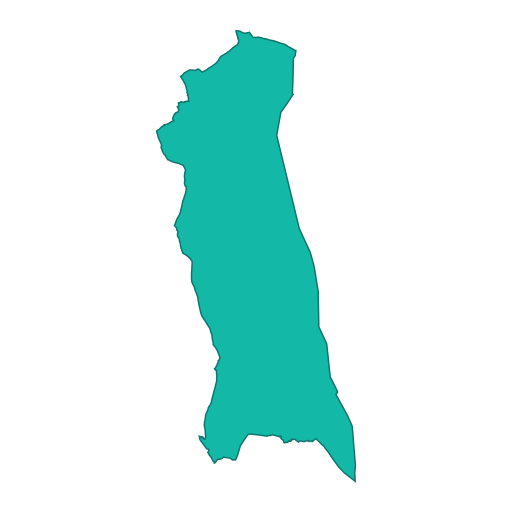 the district of Marker nor, Østfold, Norway
{"feature_id": "86288312B28275954576976", "entity_name": "Marker nor", "entity_type": "district", "adm_level": 2, "iso_a3": "NOR", "parent_name": "Norway", "parent_adm1": "Østfold", "projection": "mercator", "projection_center": [11.622, 59.488], "detail": "fine", "context": "isolated", "style": "filled", "palette": "teal", "viewbox_px": 512, "rotation_deg": 0, "n_neighbors": 0, "source": "geoboundaries", "source_scale": "gbopen_adm2", "svg_char_len": 5935}
<svg xmlns="http://www.w3.org/2000/svg" viewBox="0 0 512 512"><path d="M252.9,37.3L249.4,32.3L248.0,32.7L244.7,33.3L243.0,32.8L241.0,31.9L240.1,31.2L236.1,30.7L236.1,31.2L236.1,31.4L236.2,32.0L236.3,32.2L236.3,32.5L236.5,32.6L236.4,32.8L236.7,33.5L236.8,34.2L236.9,34.3L237.1,35.2L237.5,36.4L237.9,38.0L237.9,38.5L238.1,38.7L238.2,39.1L238.2,39.3L238.4,39.5L238.7,40.8L238.7,41.9L237.7,44.1L236.9,45.1L235.3,46.0L234.0,47.1L232.8,47.8L229.4,51.1L228.0,51.9L226.3,53.2L220.9,56.4L219.8,57.8L218.3,60.5L217.1,62.0L215.5,63.7L213.7,64.9L212.8,65.7L208.8,68.1L208.4,68.5L207.8,68.7L207.3,69.4L204.5,71.0L202.3,72.0L202.0,72.1L199.2,69.5L198.3,69.1L197.7,69.1L196.8,69.5L196.2,70.3L195.4,70.4L193.5,70.2L190.8,70.1L190.0,69.8L184.4,72.9L183.7,73.6L182.4,75.2L180.6,76.5L183.7,81.4L184.3,82.5L184.7,83.4L185.3,84.4L186.3,87.8L186.9,90.3L187.2,91.3L187.0,92.4L187.4,93.3L187.8,94.5L187.5,95.5L188.0,95.9L188.4,97.6L188.5,98.1L188.4,100.0L188.5,100.8L188.7,101.3L187.6,101.2L185.7,101.4L185.4,102.0L184.5,101.7L184.1,102.1L183.9,102.5L183.3,102.4L181.9,101.9L181.2,102.0L181.1,101.8L180.8,101.9L180.9,102.3L179.9,102.4L178.4,103.0L178.4,103.3L179.0,103.9L178.8,104.5L178.7,105.7L178.2,106.4L177.4,106.5L177.4,106.9L178.2,108.1L178.8,110.1L177.9,112.1L176.9,112.3L175.7,112.9L175.2,113.3L174.4,114.6L174.1,114.7L173.9,115.6L173.6,116.0L173.0,117.3L172.7,118.9L172.8,119.4L173.7,120.8L172.5,121.2L171.5,121.7L167.7,124.1L164.1,124.9L163.8,125.1L164.2,125.4L163.2,125.8L161.8,126.7L160.3,128.1L159.3,129.4L157.0,130.5L156.7,131.1L156.6,131.5L156.8,132.1L157.2,133.5L157.6,134.4L158.0,136.3L158.6,138.3L161.4,144.4L161.6,145.0L161.1,147.0L161.2,147.3L161.2,147.6L161.3,148.1L161.5,148.3L161.5,148.8L162.0,149.4L162.2,150.1L162.2,150.8L164.0,154.1L164.6,154.8L165.1,155.0L166.7,158.1L166.9,158.5L167.6,159.2L167.8,159.7L169.4,160.2L170.7,161.1L174.0,162.2L175.9,162.8L177.2,162.9L177.9,163.3L179.3,163.6L183.1,165.3L184.0,166.7L185.4,169.5L185.5,170.3L184.8,172.9L184.7,174.2L184.4,175.6L184.5,177.3L184.9,179.4L184.5,182.6L184.5,183.9L185.4,186.3L186.2,186.7L186.1,190.7L185.1,194.6L182.8,201.1L181.7,206.6L180.6,210.7L180.5,212.2L179.7,213.8L179.4,214.8L177.6,217.8L176.8,219.4L174.5,225.6L176.4,227.8L176.6,228.6L176.8,229.8L177.3,230.8L177.7,231.1L178.0,231.9L177.5,233.7L177.5,235.9L178.1,237.2L179.2,238.7L179.5,241.3L180.2,243.1L180.4,244.2L180.4,244.8L180.5,245.2L180.9,247.5L181.0,247.9L181.1,248.3L181.7,249.6L182.1,251.3L182.6,252.2L182.8,253.1L183.4,253.5L184.7,254.2L188.6,256.9L189.0,257.7L190.3,258.6L192.1,261.4L192.1,264.3L191.9,267.3L191.9,268.1L191.5,274.5L191.6,277.6L191.5,278.8L191.8,281.6L192.5,283.6L194.3,287.0L195.4,290.9L196.8,294.4L197.8,297.4L198.1,299.7L198.5,302.0L199.0,305.1L200.8,312.9L201.7,315.5L202.8,317.3L203.8,319.1L204.8,320.4L209.2,327.4L210.0,328.8L210.9,332.4L211.9,334.6L212.3,338.5L213.2,343.0L213.3,344.9L214.9,346.7L216.7,349.5L217.9,352.0L220.1,358.0L219.4,358.9L219.3,359.5L218.6,360.6L218.6,361.0L218.5,361.3L218.3,361.2L218.4,361.9L218.2,362.2L218.1,362.4L218.0,362.6L217.8,362.9L217.8,363.0L217.6,363.1L217.6,363.4L217.7,363.8L217.2,364.2L217.2,364.4L217.2,364.6L217.1,364.8L217.2,365.0L216.9,365.2L216.8,365.6L216.2,366.3L215.7,367.4L214.9,368.4L214.8,368.6L214.6,368.7L215.0,369.1L215.0,369.3L215.2,369.7L215.5,369.7L215.9,370.3L216.2,370.2L216.5,370.5L216.6,374.3L216.9,375.5L216.6,379.1L216.7,380.8L216.1,383.4L215.7,384.4L215.2,387.1L214.4,389.7L212.3,398.0L212.0,398.5L212.0,399.3L211.4,401.8L210.3,404.9L209.2,406.2L208.4,407.6L207.9,409.7L207.4,410.9L205.9,414.2L205.7,415.2L205.0,420.6L204.8,420.8L204.4,422.7L204.5,423.9L204.2,425.1L204.9,428.4L205.2,430.7L205.4,432.3L205.3,433.7L205.8,437.1L204.9,438.1L204.8,438.7L205.0,439.0L204.7,439.2L203.9,439.1L203.3,438.3L203.1,438.3L203.1,437.8L202.8,437.7L202.5,437.9L202.2,437.8L202.1,437.4L202.3,437.2L202.2,437.2L202.1,436.8L201.4,437.0L201.1,436.7L200.8,437.1L200.6,437.0L200.7,436.7L199.9,436.6L199.3,436.3L199.5,436.9L199.7,438.8L200.5,440.5L203.0,443.7L206.7,448.8L207.4,449.0L208.3,449.1L208.5,449.2L209.0,449.6L208.8,450.5L208.0,452.0L207.9,452.5L209.6,455.5L211.0,457.0L211.9,458.7L212.6,460.4L212.9,461.0L213.9,461.4L214.1,461.6L214.1,462.6L214.3,463.1L214.8,463.0L215.0,462.8L215.6,462.2L216.9,460.1L218.0,459.2L219.8,459.2L221.4,458.8L221.9,458.5L223.8,456.9L224.2,457.3L225.4,457.5L229.8,458.0L230.5,458.3L232.5,460.0L233.5,459.7L235.5,460.0L237.4,455.7L238.9,450.8L240.4,445.5L241.3,444.4L244.0,440.1L245.4,438.2L247.8,434.7L248.7,434.1L250.5,434.1L259.2,435.0L267.0,436.2L267.7,435.6L270.2,435.5L272.6,434.8L279.1,436.5L279.4,436.9L279.7,436.8L279.8,436.6L280.1,436.6L280.2,436.3L280.4,436.2L280.6,436.4L280.9,436.3L281.2,436.5L281.3,437.4L281.0,437.8L280.9,438.2L281.1,438.5L281.8,439.3L282.0,439.3L282.4,439.6L283.2,440.4L283.9,441.7L283.9,442.2L284.3,442.8L287.0,442.2L287.6,442.5L288.7,440.9L288.9,440.6L289.4,440.7L289.7,441.3L289.9,441.4L290.9,441.2L291.0,441.1L290.8,440.6L290.8,440.2L291.0,439.9L291.7,439.9L291.7,439.4L292.0,439.1L293.1,439.5L294.2,439.1L294.7,439.2L297.9,441.7L298.6,442.0L298.9,441.4L299.9,441.0L301.9,441.0L302.1,441.2L304.1,441.7L305.0,441.2L307.7,440.8L308.0,440.5L308.3,440.9L309.2,441.5L309.9,441.1L311.3,441.0L312.1,441.6L312.4,441.6L312.7,441.3L312.9,441.0L312.9,440.7L313.3,440.3L313.8,440.3L314.8,439.6L315.4,439.0L316.1,438.9L316.7,439.3L322.0,444.7L324.0,446.3L324.9,447.9L328.1,451.9L332.6,458.6L338.8,467.1L344.5,473.0L355.2,481.3L354.7,473.3L355.4,465.2L352.2,426.2L347.4,415.4L336.2,395.0L336.2,393.9L336.9,393.1L337.6,392.0L337.3,391.1L330.2,376.8L326.7,343.8L318.8,326.8L318.2,291.7L314.1,266.5L310.3,252.4L299.3,228.7L276.7,135.4L280.8,112.4L287.0,103.6L293.1,94.4L292.3,93.9L292.9,81.5L293.4,58.4L295.2,55.5L295.9,50.6L295.4,50.6L290.3,47.6L288.7,47.0L287.8,46.5L286.6,45.4L285.1,44.6L283.3,43.9L278.8,42.7L276.7,41.7L272.8,40.6L270.2,40.2L266.0,38.9L263.1,38.4L260.8,37.6L259.4,37.4L258.4,37.2L255.6,37.5L252.9,37.3Z" fill="#14b8a6" stroke="#0f766e" stroke-width="1.5"/></svg>